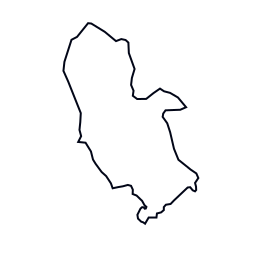 Nyong-et-Mfoumou, Centre, Cameroon (orthographic projection), rotated 294°
{"feature_id": "32672807B17257894448554", "entity_name": "Nyong-et-Mfoumou", "entity_type": "district", "adm_level": 2, "iso_a3": "CMR", "parent_name": "Cameroon", "parent_adm1": "Centre", "projection": "orthographic", "projection_center": [12.233, 3.83], "detail": "fine", "context": "isolated", "style": "outline", "palette": "ink", "viewbox_px": 256, "rotation_deg": 294, "n_neighbors": 0, "source": "geoboundaries", "source_scale": "gbopen_adm2", "svg_char_len": 1247}
<svg xmlns="http://www.w3.org/2000/svg" viewBox="0 0 256 256"><g transform="rotate(294 128 128)"><path d="M95.0,88.2L97.3,95.2L91.5,103.7L85.0,108.8L84.0,110.2L82.1,113.0L77.3,121.4L77.0,122.0L75.2,127.6L70.5,134.9L66.7,138.5L70.1,143.2L72.7,147.1L75.9,151.0L76.4,154.3L73.6,157.5L69.6,159.1L69.8,163.3L68.0,168.2L67.2,170.5L64.3,174.3L63.4,176.9L61.7,177.0L61.1,176.1L61.9,174.7L61.4,173.1L59.4,172.2L55.1,172.0L52.5,171.9L49.3,174.0L47.8,178.1L48.0,180.4L47.5,182.5L54.6,183.3L57.8,190.4L61.7,189.2L64.4,192.6L67.6,194.1L70.3,192.9L73.3,193.8L75.9,197.8L80.6,199.5L97.9,206.7L99.2,208.9L97.4,212.4L97.4,215.0L99.1,215.5L102.1,214.0L105.1,211.6L110.9,212.6L114.3,208.9L115.5,202.1L119.5,187.0L127.8,178.4L141.3,168.2L148.3,161.9L152.3,155.1L153.3,154.9L155.5,154.3L159.4,155.1L163.8,164.0L165.9,168.3L170.6,172.6L176.2,161.2L177.2,152.1L176.2,146.0L177.0,141.2L170.1,137.0L162.0,132.8L158.2,124.6L159.4,119.3L164.3,117.9L168.6,113.3L175.3,111.2L184.6,110.0L196.8,98.3L206.2,93.6L207.4,90.0L206.5,85.7L202.5,81.7L206.4,67.7L208.5,52.0L207.5,48.9L190.5,44.4L185.6,40.5L162.6,43.0L153.9,45.8L153.3,46.5L146.1,54.5L142.1,58.6L122.4,78.8L114.0,82.0L107.3,84.2L106.6,84.4L101.5,88.5L95.0,88.2Z" fill="none" stroke="#020617" stroke-width="2"/></g></svg>